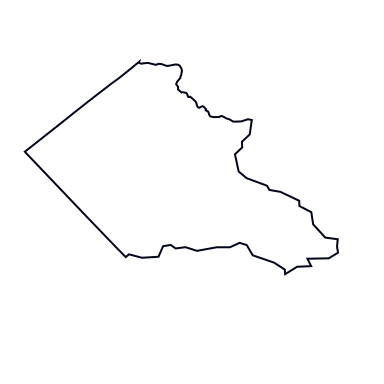 the district of Cherokee, North Carolina, United States of America, rotated 46°
{"feature_id": "52423323B12938899253379", "entity_name": "Cherokee", "entity_type": "district", "adm_level": 2, "iso_a3": "USA", "parent_name": "United States of America", "parent_adm1": "North Carolina", "projection": "equal_earth", "projection_center": [-84.069, 35.14], "detail": "fine", "context": "isolated", "style": "outline", "palette": "ink", "viewbox_px": 384, "rotation_deg": 46, "n_neighbors": 0, "source": "geoboundaries", "source_scale": "gbopen_adm2", "svg_char_len": 1508}
<svg xmlns="http://www.w3.org/2000/svg" viewBox="0 0 384 384"><g transform="rotate(46 192 192)"><path d="M135.6,284.9L181.4,285.0L185.4,284.9L192.8,284.9L193.1,280.6L204.5,273.7L215.3,261.1L210.9,250.4L215.3,244.1L221.2,243.0L227.2,235.0L237.8,229.3L249.0,212.5L258.1,203.1L261.7,193.0L268.3,189.5L279.7,192.3L299.7,182.1L312.2,179.1L315.8,182.1L318.8,168.3L328.1,157.8L320.2,155.3L334.7,139.7L337.1,129.1L332.0,125.6L327.2,120.0L317.4,127.8L299.4,127.3L289.4,120.2L276.7,124.5L272.8,121.0L253.3,128.3L244.3,134.9L239.6,133.7L220.0,143.1L209.7,144.2L194.7,134.9L194.8,124.9L190.5,121.1L190.7,110.5L181.8,99.0L178.6,101.1L175.5,107.4L171.0,112.5L169.6,113.6L165.9,114.5L162.7,116.3L160.8,116.7L157.9,117.9L157.1,119.3L157.0,120.4L152.8,124.7L150.3,126.3L148.1,125.9L147.7,125.5L145.3,124.5L143.1,125.3L142.5,125.3L142.3,124.9L142.2,124.4L139.4,124.3L137.7,124.8L137.4,125.1L136.8,126.9L136.6,128.1L135.9,128.6L135.1,128.8L133.9,128.6L132.4,127.9L130.9,127.0L129.3,126.6L123.7,126.9L122.1,127.2L121.4,128.4L121.0,128.7L117.6,127.3L116.8,127.3L113.7,129.4L113.1,130.4L108.5,130.8L106.7,128.9L103.6,128.6L103.1,128.0L102.4,126.1L101.8,121.2L100.7,119.7L100.6,118.8L97.7,114.9L95.7,113.8L92.3,113.1L90.4,113.8L88.5,115.7L84.7,121.6L83.4,122.8L78.9,125.0L76.6,127.0L75.4,129.7L68.5,134.0L65.2,138.2L64.9,139.0L62.7,140.3L61.9,140.2L61.6,139.6L60.7,151.1L59.3,165.9L58.0,175.0L54.9,203.0L53.2,220.4L53.1,220.6L52.4,229.1L46.9,284.3L135.5,284.9L135.6,284.9Z" fill="none" stroke="#020617" stroke-width="2"/></g></svg>